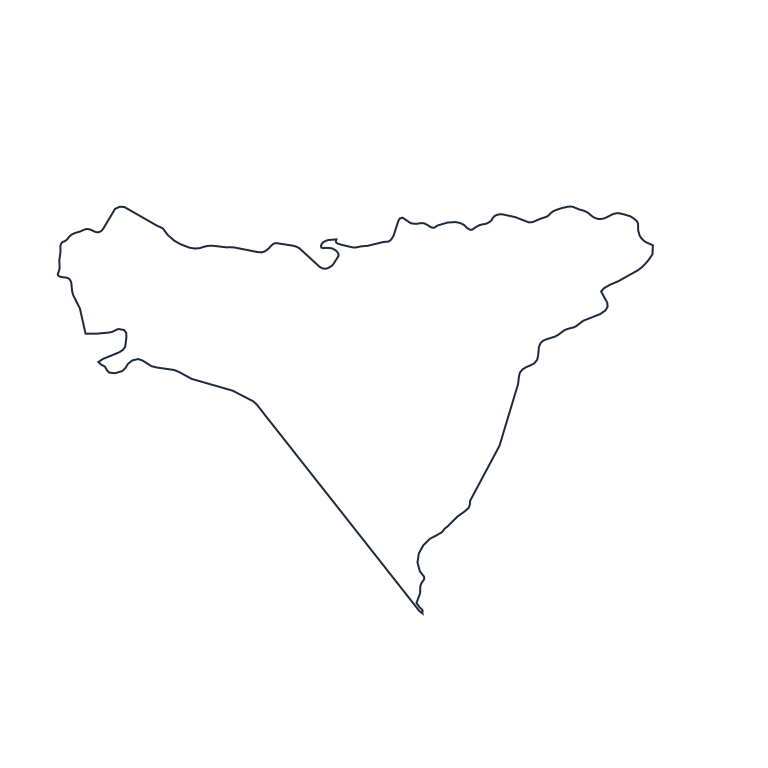 SVG path tracing the border of Morona Santiago, rotated 77°
{"feature_id": "ECU-1285", "entity_name": "Morona Santiago", "entity_type": "Province", "adm_level": 1, "iso_a3": "ECU", "parent_name": "Ecuador", "parent_adm1": "", "projection": "equal_earth", "projection_center": [-78.23, -2.513], "detail": "fine", "context": "isolated", "style": "outline", "palette": "slate", "viewbox_px": 768, "rotation_deg": 77, "n_neighbors": 0, "source": "natural_earth", "source_scale": "10m", "svg_char_len": 3604}
<svg xmlns="http://www.w3.org/2000/svg" viewBox="0 0 768 768"><g transform="rotate(77 384 384)"><path d="M616.1,398.2L613.1,400.7L594.3,409.5L568.6,421.6L542.9,433.7L517.2,445.8L491.5,457.9L465.9,470.0L440.2,482.1L414.5,494.2L388.9,506.3L383.2,508.9L375.3,512.6L371.5,515.3L356.5,532.9L335.8,570.2L326.0,581.2L323.1,585.4L316.8,601.7L314.3,606.6L306.8,614.0L304.4,617.9L304.4,624.0L306.8,629.0L310.0,632.0L312.5,636.0L313.0,643.5L311.1,649.2L307.9,651.0L304.3,652.0L301.1,655.6L298.3,657.3L296.4,652.3L293.5,634.7L292.0,630.6L289.5,627.8L280.6,624.5L276.3,623.7L272.9,625.1L270.7,630.3L270.9,632.0L272.1,637.4L272.0,640.4L270.4,652.3L267.8,663.5L267.6,663.5L242.2,663.3L227.2,666.9L223.1,667.0L215.2,665.9L212.8,666.2L210.9,667.0L209.9,668.0L209.1,669.2L207.1,674.4L206.2,676.0L204.8,677.2L203.5,677.1L199.9,674.8L197.7,673.9L190.8,672.6L182.4,669.5L176.7,668.3L174.5,666.9L173.3,665.2L173.1,663.3L172.6,661.7L171.7,660.0L170.0,658.1L169.0,656.4L168.2,654.7L167.7,652.8L167.3,650.3L167.0,645.3L166.2,641.6L166.1,639.6L166.3,637.9L167.1,636.1L168.1,634.5L170.3,631.8L171.3,630.3L171.8,628.6L171.8,626.9L171.2,624.9L169.8,622.9L152.9,606.7L151.9,601.8L152.3,599.8L153.2,597.1L178.3,570.0L182.5,564.6L190.1,561.2L197.1,556.2L202.1,550.7L207.4,542.9L209.4,538.0L210.2,533.1L209.8,529.0L209.8,524.6L210.6,520.3L215.5,506.5L216.0,503.6L217.3,499.1L226.9,477.7L228.2,473.7L228.1,471.1L227.3,468.5L225.9,465.7L224.1,463.2L222.9,461.0L222.3,459.1L222.5,457.2L228.9,441.2L230.7,438.2L232.7,435.9L255.3,420.4L257.6,417.8L258.5,415.4L258.5,413.0L258.0,410.8L257.2,408.4L255.8,406.4L249.4,399.9L248.1,399.2L246.4,399.2L244.4,400.0L242.5,401.4L240.3,403.9L239.1,406.8L238.4,409.8L237.9,412.8L237.1,414.2L235.6,414.5L233.7,413.3L232.2,411.4L231.4,408.6L231.2,405.9L232.4,397.8L233.9,398.8L234.5,398.9L235.2,398.8L235.9,398.3L236.7,397.6L238.8,394.1L243.7,384.1L244.4,382.1L244.7,379.7L244.7,376.5L244.9,373.9L245.7,368.9L245.5,353.2L245.8,350.2L246.3,347.6L244.9,344.5L241.9,341.5L229.1,333.8L226.4,331.7L226.1,328.6L233.3,321.8L234.4,319.3L235.4,315.7L235.4,312.9L236.3,309.0L238.3,306.5L241.8,303.0L242.9,300.8L242.9,299.2L242.1,297.7L241.6,296.3L241.0,285.6L242.3,277.9L244.3,273.5L247.2,270.1L250.3,268.3L252.9,265.7L253.5,263.6L251.5,258.4L250.6,254.9L250.8,248.3L249.9,244.8L248.5,242.2L246.9,240.9L245.4,238.7L244.7,236.6L244.6,233.2L245.4,230.3L250.9,218.6L259.1,206.5L259.7,202.8L258.2,194.5L257.6,188.0L256.8,185.7L255.7,184.2L254.7,182.6L253.7,180.1L253.0,175.7L252.6,171.0L252.6,165.1L253.1,162.0L254.1,159.6L255.4,158.0L256.5,156.3L257.9,154.5L259.5,151.4L261.0,149.1L262.8,147.0L267.6,143.3L269.5,141.3L271.1,138.8L271.9,136.4L272.2,133.4L271.9,130.6L270.0,122.9L269.9,119.1L270.4,116.8L272.4,112.6L275.9,106.4L278.0,104.2L281.9,101.1L284.9,100.4L291.7,101.8L297.0,101.5L299.9,100.4L303.4,98.3L305.2,96.3L309.3,90.8L318.1,93.3L323.0,98.7L326.0,102.8L328.5,107.0L330.3,111.1L336.6,132.7L338.2,141.9L340.2,148.2L342.7,151.6L345.8,150.8L355.0,148.2L358.9,148.7L362.1,151.6L364.5,157.7L367.2,175.7L370.9,183.8L371.5,186.3L371.6,192.3L372.2,196.1L375.2,203.0L376.3,206.7L376.9,215.0L377.5,218.9L379.3,222.2L382.9,224.8L391.2,227.5L394.9,229.4L397.6,232.8L398.8,237.0L399.5,241.6L401.0,245.9L403.6,249.1L407.0,250.8L414.1,253.3L470.2,285.4L517.1,326.3L520.7,327.4L523.6,329.2L526.0,333.4L529.7,342.3L536.9,353.8L538.8,357.8L540.2,359.3L541.6,361.2L542.3,363.8L542.7,364.8L545.2,374.2L550.1,382.1L557.0,388.2L565.4,391.5L574.6,391.2L580.7,388.3L583.1,388.7L586.4,392.2L589.1,394.1L596.1,395.9L604.6,401.6L609.0,399.8L613.1,397.3L615.9,398.2L616.1,398.2Z" fill="none" stroke="#1e293b" stroke-width="2"/></g></svg>